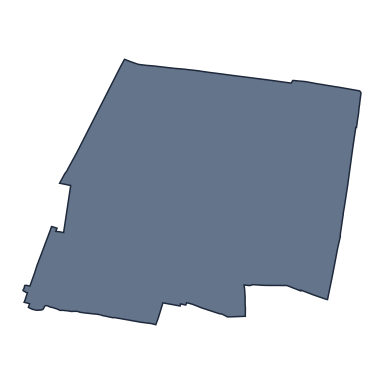 outline of Seaca De Camp, Dolj, Romania
{"feature_id": "2599482B71679844083727", "entity_name": "Seaca De Camp", "entity_type": "district", "adm_level": 2, "iso_a3": "ROU", "parent_name": "Romania", "parent_adm1": "Dolj", "projection": "natural_earth1", "projection_center": [23.204, 43.942], "detail": "fine", "context": "isolated", "style": "filled", "palette": "slate", "viewbox_px": 384, "rotation_deg": 0, "n_neighbors": 0, "source": "geoboundaries", "source_scale": "gbopen_adm2", "svg_char_len": 3041}
<svg xmlns="http://www.w3.org/2000/svg" viewBox="0 0 384 384"><path d="M200.7,71.2L200.0,71.0L193.3,70.2L187.7,69.6L183.4,69.1L181.2,68.9L177.3,68.6L173.9,68.3L172.2,68.1L157.5,66.4L153.2,65.9L146.9,65.4L144.2,65.1L139.4,64.5L138.3,64.3L137.9,64.2L137.6,64.1L130.4,61.6L124.8,59.4L124.5,59.3L120.4,66.9L76.6,153.0L67.7,169.2L66.9,170.9L64.8,173.7L59.6,183.2L69.7,185.3L70.7,185.5L63.6,232.6L59.7,231.8L55.8,231.4L57.0,228.2L56.2,227.9L51.7,226.5L51.4,226.9L50.2,230.5L46.6,240.0L41.5,253.6L38.7,260.9L38.1,262.6L36.8,266.0L34.8,272.4L34.0,274.7L29.9,286.1L28.0,285.7L27.3,285.5L27.0,285.4L26.5,285.3L24.7,285.5L24.0,288.5L23.5,289.3L23.0,290.0L23.1,290.4L23.2,290.8L23.5,291.0L24.0,291.1L24.6,291.4L24.8,291.6L25.3,292.0L25.8,292.3L26.3,292.5L27.4,292.7L27.4,292.8L26.7,295.0L25.8,297.6L25.1,299.8L24.5,301.3L24.1,302.3L26.3,302.8L29.0,303.6L29.7,303.8L29.1,305.3L28.5,306.9L28.4,307.4L31.0,308.7L32.1,309.2L32.7,309.4L34.5,309.8L35.3,310.0L35.9,310.1L36.5,310.2L37.0,310.3L37.7,310.2L38.1,310.2L39.1,310.1L40.6,310.1L41.1,310.0L41.9,309.8L42.6,309.5L43.0,309.3L43.3,309.0L43.8,308.0L44.4,306.8L44.7,306.2L44.9,306.0L45.6,305.7L46.5,305.6L47.3,305.8L47.7,305.9L48.2,306.1L48.7,306.4L49.3,306.7L49.8,306.9L50.4,307.1L52.0,307.4L52.8,307.6L56.8,308.9L57.8,309.3L58.4,309.6L59.0,309.9L59.5,310.1L60.0,310.3L60.6,310.4L61.1,310.4L63.0,310.3L64.9,310.6L66.8,310.7L69.3,311.1L70.3,311.3L71.0,311.4L71.8,311.5L72.6,311.4L73.3,311.4L74.3,311.3L75.1,311.3L76.3,311.3L77.7,311.5L78.9,311.8L79.4,312.0L79.5,312.1L80.3,312.3L83.8,312.8L93.4,313.9L97.0,314.2L99.2,314.6L101.2,315.0L102.1,315.5L105.8,316.2L113.2,317.8L114.0,317.5L141.2,322.3L144.5,322.7L151.0,323.5L155.8,324.7L158.3,317.9L162.9,302.9L164.2,303.1L170.8,304.3L174.8,305.0L180.1,306.0L180.5,303.9L181.0,304.0L184.5,304.8L185.6,305.0L185.8,305.0L186.6,302.7L188.5,303.2L190.1,303.6L192.6,304.3L198.0,306.4L200.3,307.4L201.8,307.9L202.9,308.3L219.0,313.6L220.2,313.9L220.8,313.9L221.3,313.9L221.6,314.0L222.3,314.3L223.2,314.7L225.4,315.8L227.4,316.9L232.0,316.8L245.3,316.3L245.4,307.6L245.1,304.4L245.1,296.6L244.6,289.1L244.4,287.5L244.1,285.0L244.3,285.0L249.7,285.6L250.5,285.4L251.3,285.2L252.0,284.9L252.6,284.7L253.5,284.7L264.6,285.4L283.0,285.5L286.7,285.5L286.8,285.5L288.2,286.0L300.1,290.7L300.8,290.9L300.9,290.1L313.7,295.0L325.3,299.0L327.5,299.6L332.7,274.3L336.2,255.9L337.7,248.0L339.9,238.3L340.3,236.7L340.3,234.3L343.2,214.6L343.3,213.1L344.6,205.3L347.6,185.8L352.8,147.7L355.3,130.8L355.8,127.4L356.5,127.5L357.6,119.4L358.5,113.8L359.2,106.7L359.5,105.1L359.9,101.5L360.5,96.9L360.9,93.9L361.0,93.3L360.9,92.7L360.7,92.3L360.3,91.6L359.5,90.9L357.5,90.5L348.4,88.9L339.8,87.4L333.4,86.4L324.2,84.9L322.7,84.6L319.3,84.1L315.2,83.4L313.1,83.0L309.8,82.4L307.5,82.0L305.2,81.6L302.5,81.3L299.7,81.1L297.6,80.9L296.5,80.8L295.7,80.7L294.9,80.6L293.8,80.5L293.2,80.5L292.8,80.5L292.5,80.8L292.3,81.2L292.0,81.8L291.9,82.0L291.6,82.6L291.2,83.1L270.0,80.2L246.6,77.2L233.9,75.6L220.4,73.8L210.0,72.5L200.7,71.2Z" fill="#64748b" stroke="#1e293b" stroke-width="1.5"/></svg>